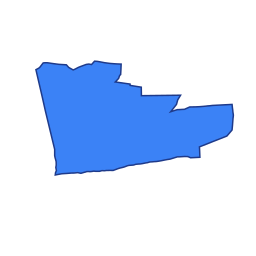 outline of Bulaq Al-DakrUr, Al Jizah, Egypt, rotated 102°
{"feature_id": "37247803B34210539192827", "entity_name": "Bulaq Al-DakrUr", "entity_type": "district", "adm_level": 2, "iso_a3": "EGY", "parent_name": "Egypt", "parent_adm1": "Al Jizah", "projection": "robinson", "projection_center": [31.19, 30.03], "detail": "fine", "context": "isolated", "style": "filled", "palette": "blue", "viewbox_px": 256, "rotation_deg": 102, "n_neighbors": 0, "source": "geoboundaries", "source_scale": "gbopen_adm2", "svg_char_len": 1843}
<svg xmlns="http://www.w3.org/2000/svg" viewBox="0 0 256 256"><g transform="rotate(102 128 128)"><path d="M141.7,51.6L135.7,53.1L131.6,54.2L123.5,42.0L122.2,40.0L115.3,29.6L108.3,25.8L104.0,26.3L102.5,26.5L96.6,27.3L95.2,27.4L93.5,27.6L90.3,28.8L88.6,29.3L86.7,30.0L83.3,31.1L88.4,50.2L89.2,52.5L89.9,54.9L90.5,56.6L91.0,58.2L92.2,62.2L93.3,66.4L94.6,72.0L98.0,76.7L98.5,78.7L99.1,80.8L99.8,83.6L100.8,85.4L103.2,89.6L94.9,85.5L90.1,85.2L85.0,83.4L93.6,121.6L85.3,123.5L85.9,134.8L84.6,135.1L85.6,150.0L81.5,147.5L78.3,147.1L77.3,146.3L75.3,146.6L72.1,147.1L66.9,148.0L67.7,152.6L68.4,157.7L68.6,159.4L69.0,164.5L69.1,169.3L69.2,171.9L69.6,174.6L72.2,176.1L73.5,176.9L73.6,179.6L74.5,182.1L76.4,185.1L77.8,187.3L79.0,189.1L79.9,190.2L81.0,191.5L81.4,192.0L82.6,193.7L81.1,198.6L79.0,201.4L79.9,207.5L80.1,208.8L80.5,213.7L80.7,216.5L80.8,218.4L81.0,220.8L81.5,223.0L82.0,224.5L84.7,225.8L86.6,226.7L88.0,227.7L90.1,230.2L116.4,217.9L128.2,212.5L164.1,195.3L170.2,194.0L172.1,193.2L174.0,192.2L175.6,191.4L177.0,191.0L179.3,190.5L181.6,190.4L184.5,189.2L186.8,189.6L189.1,189.4L188.1,187.1L186.5,183.2L185.2,178.5L183.9,174.2L183.2,171.2L182.1,167.9L182.1,164.7L181.3,163.1L180.5,161.7L179.9,160.4L179.2,159.3L178.8,157.7L178.6,156.1L178.1,154.5L177.3,152.5L177.1,150.6L176.6,148.2L176.3,146.9L175.1,144.6L174.7,142.1L174.0,140.2L173.7,138.8L173.3,137.2L172.9,135.2L172.6,133.7L171.6,132.1L170.9,131.0L170.0,129.6L168.9,127.7L167.7,125.1L166.8,123.4L165.1,120.8L164.4,119.4L163.5,116.3L163.0,114.7L161.9,112.9L161.2,110.7L160.7,108.8L159.8,106.4L159.0,104.6L158.4,103.2L157.9,101.8L156.7,99.6L156.0,97.1L155.4,95.2L154.9,93.3L154.0,90.9L152.9,88.2L151.7,85.5L150.7,83.1L149.7,80.4L148.2,77.7L145.9,73.6L145.5,71.7L144.1,66.7L143.5,63.5L144.1,60.6L142.8,55.7L141.7,51.6L141.7,51.6Z" fill="#3b82f6" stroke="#1e3a8a" stroke-width="1.5"/></g></svg>